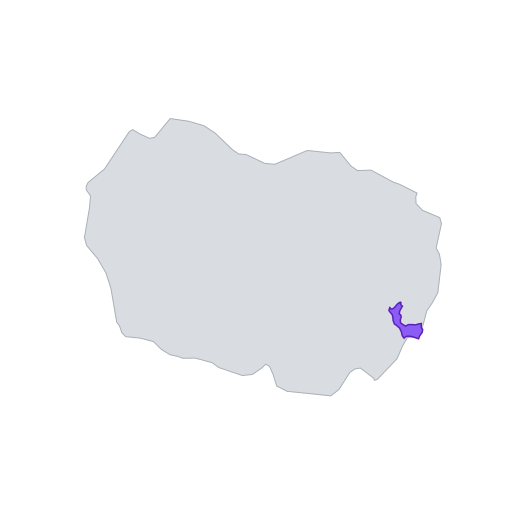 North Macedonia, with Debar highlighted, rotated 210°
{"feature_id": "MKD-2952", "entity_name": "Debar", "entity_type": "Statistical Region", "adm_level": 1, "iso_a3": "MKD", "parent_name": "North Macedonia", "parent_adm1": "", "projection": "natural_earth1", "projection_center": [20.605, 41.506], "detail": "fine", "context": "in_parent", "style": "filled", "palette": "violet", "viewbox_px": 512, "rotation_deg": 210, "n_neighbors": 0, "source": "natural_earth", "source_scale": "10m", "svg_char_len": 1790}
<svg xmlns="http://www.w3.org/2000/svg" viewBox="0 0 512 512"><g transform="rotate(210 256 256)"><path d="M232.6,140.8L240.5,141.7L257.6,137.2L268.3,130.8L273.7,129.9L281.0,127.5L291.4,127.8L302.0,130.6L315.4,126.9L328.5,121.0L333.8,122.5L339.6,127.5L343.4,128.9L365.5,155.5L377.5,166.3L391.7,174.5L407.9,180.4L413.8,186.2L424.3,214.5L429.3,225.3L436.2,228.5L437.9,231.6L438.2,235.7L430.7,255.6L427.9,300.3L426.0,303.8L417.9,303.6L407.2,304.6L403.1,308.0L399.0,332.1L381.8,339.0L366.1,342.8L352.8,342.0L329.6,336.3L322.0,335.7L315.5,338.9L294.7,340.6L285.6,344.8L264.4,373.0L242.7,382.7L235.3,387.6L218.7,381.4L210.8,380.7L199.3,387.9L174.2,388.6L167.4,389.9L148.0,391.0L147.2,387.1L143.6,381.4L134.6,378.8L116.1,381.1L111.6,376.9L104.0,353.0L98.0,349.2L91.4,341.2L80.2,315.2L79.9,303.9L80.7,294.0L74.4,270.7L78.3,264.8L84.1,261.1L84.1,251.8L82.5,237.5L89.3,209.7L91.2,207.6L92.9,209.0L109.5,211.2L113.8,207.7L116.5,202.2L117.4,181.8L121.3,172.3L161.3,154.4L173.0,153.7L182.0,162.0L189.2,167.2L193.5,167.1L195.0,161.8L199.9,151.6L208.0,145.7L232.3,140.8L232.6,140.8Z" fill="#d9dde1" stroke="#a8b0b8" stroke-width="1"/><path d="M79.1,280.2L77.6,277.4L76.5,276.3L74.9,275.7L73.9,273.0L74.3,268.2L73.8,265.6L80.7,264.2L82.8,263.4L84.7,262.3L85.9,261.1L86.7,259.2L86.7,258.9L89.4,260.0L92.2,263.0L95.7,265.4L100.5,266.3L102.1,266.3L105.1,268.8L106.7,271.2L108.7,273.3L111.8,274.4L113.7,275.3L114.2,277.4L114.3,278.3L113.7,278.1L113.0,277.7L111.9,277.9L110.9,279.1L110.3,280.7L110.0,282.6L109.6,284.8L109.2,286.0L108.1,288.0L107.6,287.4L107.1,287.9L106.3,286.2L104.1,285.8L104.1,283.4L104.1,280.6L103.0,277.4L101.4,277.4L99.9,276.1L99.0,272.7L97.4,270.4L94.8,270.1L91.4,270.1L89.8,272.7L86.7,274.6L83.4,276.1L81.3,278.4L79.1,280.2Z" fill="#8b5cf6" stroke="#5b21b6" stroke-width="1.5"/></g></svg>